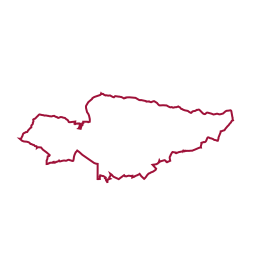 outline of Stefan Cel Mare, Bacau, Romania, rotated 232°
{"feature_id": "2599482B13228662161782", "entity_name": "Stefan Cel Mare", "entity_type": "district", "adm_level": 2, "iso_a3": "ROU", "parent_name": "Romania", "parent_adm1": "Bacau", "projection": "mercator", "projection_center": [26.858, 46.192], "detail": "fine", "context": "isolated", "style": "outline", "palette": "rose", "viewbox_px": 256, "rotation_deg": 232, "n_neighbors": 0, "source": "geoboundaries", "source_scale": "gbopen_adm2", "svg_char_len": 5634}
<svg xmlns="http://www.w3.org/2000/svg" viewBox="0 0 256 256"><g transform="rotate(232 128 128)"><path d="M69.4,215.5L70.2,215.7L70.9,216.1L71.6,216.7L72.4,217.0L77.7,219.8L78.2,219.9L78.8,219.7L79.0,219.4L79.8,217.9L80.9,216.2L81.1,215.0L80.9,211.8L81.8,209.6L82.3,208.7L82.6,208.3L84.2,207.2L84.6,206.7L85.2,205.3L86.0,203.7L87.9,202.6L91.1,200.2L91.5,199.6L91.6,199.3L91.5,197.5L91.6,197.2L92.1,196.6L93.4,196.0L96.3,195.7L98.5,195.4L99.0,195.0L99.3,194.4L99.5,193.8L99.9,193.4L100.1,191.5L101.0,189.9L101.3,189.1L101.3,188.7L101.0,187.3L101.2,186.9L102.9,186.1L103.8,185.9L104.7,185.6L106.9,183.7L108.6,182.6L109.3,182.5L109.7,182.2L109.9,181.9L110.3,181.7L112.4,181.6L113.2,181.1L114.0,180.9L114.6,178.9L115.3,178.0L115.7,177.4L115.9,176.6L116.7,175.7L117.5,175.4L118.3,174.0L120.0,173.1L122.0,172.3L124.3,169.7L126.2,167.0L126.6,166.6L128.0,166.3L129.8,166.3L132.9,165.2L133.3,164.7L133.7,163.7L134.1,162.1L135.0,161.4L136.0,161.0L136.2,160.7L136.3,160.3L136.6,160.1L137.5,158.7L138.2,158.7L141.4,156.0L142.1,155.4L142.4,154.7L143.3,154.0L147.1,152.5L150.5,148.9L151.5,147.8L153.0,145.7L153.1,144.7L153.6,144.5L153.6,143.7L153.8,143.0L155.4,142.4L156.7,141.7L157.1,141.2L158.4,140.2L158.7,139.6L159.3,139.2L161.0,137.5L161.0,137.2L160.9,135.8L161.9,135.1L164.7,133.9L165.7,132.3L167.1,131.1L167.6,130.2L168.1,130.1L168.8,129.6L170.0,129.4L170.2,129.2L170.5,129.1L170.8,128.4L171.3,128.1L171.8,128.1L171.5,127.6L171.2,127.1L171.2,126.2L173.0,121.1L173.3,119.9L173.4,118.2L173.0,117.5L172.8,112.6L171.7,109.7L171.3,108.7L170.8,108.1L169.5,107.2L165.7,105.5L163.5,105.4L161.7,104.9L158.8,103.5L157.9,102.9L156.5,101.7L157.1,100.2L157.7,100.1L160.5,96.6L159.5,95.9L159.9,95.1L159.6,94.8L159.4,95.0L158.4,94.0L158.5,93.8L158.4,93.5L158.5,93.4L158.3,92.8L158.9,92.2L158.9,91.8L158.7,91.4L157.9,92.1L156.5,90.2L158.1,88.8L158.1,89.1L158.4,89.4L158.5,89.9L158.7,90.1L158.7,90.3L159.2,90.9L159.4,91.0L159.4,91.3L159.5,91.6L159.9,91.9L159.7,92.2L160.1,92.5L160.2,92.4L160.7,93.0L161.4,92.6L161.4,92.1L161.8,91.7L162.1,91.7L162.5,90.9L162.8,90.8L163.0,90.5L163.6,88.7L163.9,88.7L164.2,88.5L164.5,88.9L164.8,88.9L164.9,89.0L165.0,89.7L165.1,89.9L165.6,90.4L166.3,89.1L167.2,87.7L167.8,86.6L168.4,85.7L169.0,85.1L169.3,85.0L170.8,85.4L171.1,85.3L171.8,85.3L172.7,84.8L174.7,84.5L176.2,83.2L177.1,82.7L178.1,81.7L178.8,79.4L179.6,78.8L180.5,78.7L181.5,77.8L182.9,77.4L183.6,76.4L184.1,75.1L184.5,74.5L184.9,74.2L185.7,73.3L186.6,72.7L187.0,72.2L187.8,71.6L189.0,70.3L189.3,69.7L190.1,69.3L191.2,68.2L193.1,66.7L193.3,66.0L193.0,64.0L192.9,62.8L192.7,61.7L192.6,60.5L193.0,59.2L193.0,58.5L191.6,57.7L191.2,57.2L190.8,56.3L190.0,55.7L189.7,55.1L189.5,53.5L189.1,53.0L188.0,52.2L188.1,50.7L187.8,49.2L187.6,47.8L186.9,46.2L187.1,45.7L187.7,44.9L187.8,43.5L188.1,42.6L187.9,41.6L186.7,39.9L186.4,39.1L185.7,37.8L185.6,36.8L185.7,36.5L186.1,36.1L183.1,36.7L181.6,37.6L181.0,38.2L179.5,39.8L178.0,40.9L176.9,41.3L175.6,41.3L175.3,41.5L175.0,41.9L173.3,42.7L172.6,43.4L171.8,43.5L171.1,43.5L170.9,43.6L170.6,43.9L170.1,44.6L169.8,44.7L168.6,44.2L168.4,44.0L168.4,44.5L167.9,45.7L167.1,46.5L166.2,47.5L163.3,47.6L159.0,48.8L154.9,49.6L154.7,49.4L154.8,49.1L154.5,48.6L155.1,47.3L153.2,45.3L152.9,44.8L152.5,43.9L149.7,41.7L149.1,42.6L149.0,43.4L148.8,43.7L148.8,44.1L148.9,44.5L148.5,45.1L148.2,45.8L147.0,47.3L147.3,47.7L147.0,48.8L146.4,48.8L146.0,48.6L145.8,48.8L145.5,49.7L145.6,50.6L145.2,51.0L144.5,53.4L144.6,53.6L143.8,53.6L143.5,53.9L143.3,54.3L142.8,55.6L141.9,57.4L141.5,57.9L140.5,58.8L140.2,59.3L139.7,61.3L139.3,61.9L138.7,62.2L137.6,63.0L136.5,63.7L136.1,64.1L135.9,64.7L137.0,66.1L138.4,67.5L139.1,68.4L139.8,69.4L141.1,71.9L141.1,72.7L141.5,74.1L139.1,74.8L135.0,75.5L121.2,79.8L119.5,80.9L118.4,82.0L106.5,72.6L106.0,73.2L106.1,73.3L105.2,74.4L107.2,75.9L107.1,76.2L107.4,76.4L107.8,77.0L105.7,78.5L105.3,79.0L102.9,79.8L102.6,79.2L102.2,79.6L101.7,79.1L100.2,78.5L98.2,78.3L98.1,78.5L98.4,78.7L99.1,79.5L99.9,80.1L99.9,80.6L99.6,80.9L99.0,82.8L99.8,82.5L100.4,82.6L100.6,82.9L101.2,84.7L101.5,85.2L102.2,85.7L102.9,85.9L101.2,86.4L98.9,86.5L98.3,86.7L93.4,89.2L93.4,89.5L93.4,91.2L93.2,95.9L91.9,95.9L91.5,96.5L91.0,96.7L90.1,99.0L89.2,100.0L88.4,100.7L87.7,102.0L86.4,100.9L86.1,102.0L85.7,103.0L85.7,103.3L86.0,103.2L85.6,104.3L85.4,105.3L85.1,106.1L84.7,108.2L84.7,108.9L81.9,108.8L78.0,109.4L78.0,110.2L78.5,112.5L79.0,113.8L79.4,116.2L79.0,117.3L78.9,118.6L78.2,120.9L78.0,123.9L78.6,125.1L83.9,124.7L83.5,125.5L83.0,126.0L82.6,127.0L82.1,127.8L82.0,128.5L81.7,129.3L82.1,131.1L82.6,132.0L83.1,132.7L82.6,132.6L81.8,132.1L81.8,132.8L80.2,136.9L79.6,137.3L77.5,137.4L77.3,137.5L77.5,137.9L76.9,138.2L76.2,141.1L78.4,142.2L79.1,142.7L79.4,143.0L79.8,143.7L80.0,144.5L80.4,144.8L80.6,145.4L81.1,146.4L81.6,147.8L81.6,148.4L81.5,148.5L81.1,148.8L79.3,150.5L78.9,150.2L78.5,150.4L77.7,153.2L75.9,156.8L76.0,157.1L75.7,157.0L75.8,157.4L75.5,158.0L75.2,158.0L74.9,158.2L75.0,158.4L74.9,158.5L75.0,158.7L75.0,159.0L74.3,159.7L74.1,159.7L73.5,160.7L73.0,161.2L72.5,161.9L72.3,162.1L72.0,162.7L70.5,164.8L70.3,165.8L69.9,167.0L68.7,171.6L68.1,173.1L67.7,173.5L68.6,174.0L69.3,174.8L70.2,176.1L71.1,176.5L71.1,176.9L70.6,177.9L70.5,178.7L69.6,179.8L69.5,180.1L69.5,180.7L69.6,181.2L69.9,182.0L70.2,182.4L71.3,184.4L71.4,184.7L71.4,185.2L71.3,185.4L70.6,185.9L69.5,186.4L68.3,187.4L66.7,188.3L65.8,188.5L65.1,189.0L64.5,189.6L64.1,189.9L63.1,190.4L62.7,190.9L63.8,192.6L64.8,193.5L67.4,198.0L68.3,199.0L68.0,199.4L67.5,201.0L67.2,201.9L67.0,202.2L66.9,202.8L67.5,204.5L67.8,206.1L68.1,207.4L68.2,208.5L68.3,209.3L68.6,210.1L68.8,211.0L69.0,212.5L69.7,214.0L69.7,214.3L69.4,215.5Z" fill="none" stroke="#9f1239" stroke-width="2"/></g></svg>